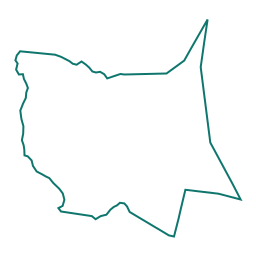 Maribondo, Alagoas, Brazil (Equal Earth projection)
{"feature_id": "56859067B82733946406585", "entity_name": "Maribondo", "entity_type": "district", "adm_level": 2, "iso_a3": "BRA", "parent_name": "Brazil", "parent_adm1": "Alagoas", "projection": "equal_earth", "projection_center": [-36.32, -9.554], "detail": "fine", "context": "isolated", "style": "outline", "palette": "teal", "viewbox_px": 256, "rotation_deg": 0, "n_neighbors": 0, "source": "geoboundaries", "source_scale": "gbopen_adm2", "svg_char_len": 1006}
<svg xmlns="http://www.w3.org/2000/svg" viewBox="0 0 256 256"><path d="M168.9,235.4L174.0,236.5L178.7,218.1L180.4,210.6L184.0,195.5L185.4,189.8L218.5,193.7L240.6,199.5L233.1,184.9L215.6,152.4L210.3,142.6L200.7,67.1L204.2,42.3L207.6,19.5L204.5,24.9L191.8,47.1L184.2,60.6L166.5,73.5L124.3,74.5L120.4,74.0L107.2,78.4L104.2,74.2L100.1,71.8L96.0,72.5L92.4,71.5L89.3,67.7L85.9,64.6L81.5,61.5L76.6,64.7L72.7,63.7L69.5,61.2L61.2,56.9L55.1,54.7L20.1,51.3L16.8,55.4L15.4,60.3L17.6,63.5L16.1,69.6L18.9,74.5L22.9,74.2L23.9,78.9L26.3,83.7L27.9,88.0L26.3,92.4L25.8,98.0L23.1,103.5L20.3,110.6L21.4,118.9L23.4,126.2L23.2,133.6L21.9,140.2L23.6,145.1L24.3,149.5L24.5,155.4L27.7,156.3L31.6,160.4L33.0,166.0L36.7,171.5L41.7,174.1L46.1,176.6L49.3,178.1L53.2,182.9L59.3,188.8L62.8,193.5L64.4,199.8L62.6,205.9L58.4,208.1L61.0,211.5L91.8,216.1L95.6,219.2L100.7,216.1L106.4,214.7L110.5,209.6L113.8,206.9L117.0,205.4L119.9,202.8L124.3,203.4L127.0,206.4L129.7,212.0L168.9,235.4Z" fill="none" stroke="#0f766e" stroke-width="2"/></svg>